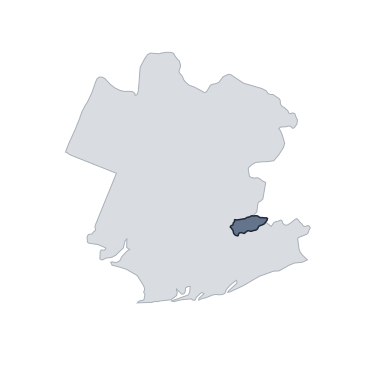 location of Dola, Ngounié, Gabon, rotated 292°
{"feature_id": "22940354B92204383956845", "entity_name": "Dola", "entity_type": "district", "adm_level": 2, "iso_a3": "GAB", "parent_name": "Gabon", "parent_adm1": "Ngounié", "projection": "albers", "projection_center": [11.352, -2.321], "detail": "fine", "context": "in_parent", "style": "filled", "palette": "slate", "viewbox_px": 384, "rotation_deg": 292, "n_neighbors": 0, "source": "geoboundaries", "source_scale": "gbopen_adm2", "svg_char_len": 5050}
<svg xmlns="http://www.w3.org/2000/svg" viewBox="0 0 384 384"><g transform="rotate(292 192 192)"><path d="M264.8,65.6L264.6,68.6L261.2,75.9L259.6,81.5L259.2,87.4L260.1,92.2L261.7,95.7L262.8,99.4L262.0,102.0L260.3,103.1L261.4,104.4L263.9,104.7L268.1,103.6L274.6,101.6L283.0,98.8L288.6,97.2L297.8,98.2L302.7,99.3L305.2,101.4L307.9,109.9L309.2,111.3L311.4,114.9L313.3,119.3L313.7,121.5L313.5,123.1L311.6,125.5L309.5,129.0L308.7,131.1L307.0,132.6L304.7,134.2L298.6,134.8L297.7,135.7L295.9,139.4L292.7,142.6L291.2,145.5L289.9,149.5L290.2,154.4L289.5,161.5L288.8,166.3L290.4,167.9L297.8,169.1L299.2,170.1L301.1,173.1L303.6,175.8L310.3,177.6L312.9,179.8L315.0,182.1L315.3,184.0L313.7,191.7L312.2,199.1L312.8,204.7L313.3,210.1L314.1,217.9L313.7,222.7L311.8,225.6L311.8,227.8L312.7,230.6L311.0,238.2L309.9,239.5L306.9,240.9L305.3,242.9L304.8,246.1L303.2,250.5L301.5,252.1L301.5,254.2L303.1,255.7L303.1,258.0L300.1,260.7L298.3,262.8L294.3,263.8L289.8,262.7L288.7,261.2L289.8,258.8L289.4,256.9L287.8,254.9L285.4,249.8L283.3,248.7L282.1,250.8L278.3,254.7L271.8,259.7L267.2,260.1L258.7,258.5L251.6,256.1L248.3,250.3L246.2,245.5L243.2,239.9L239.8,237.2L236.2,235.5L234.6,235.4L229.4,238.5L227.8,239.7L227.8,242.3L228.3,244.8L229.1,246.0L229.8,247.5L229.6,250.0L228.7,253.2L228.4,256.8L212.1,260.3L209.3,259.0L207.3,257.4L204.8,257.7L197.7,259.6L195.1,258.3L192.6,257.3L191.4,258.1L191.3,259.7L192.5,268.1L192.1,271.3L190.5,275.5L189.7,278.4L194.0,279.2L195.6,280.5L197.1,282.7L199.1,284.6L199.3,285.8L196.9,288.1L196.1,290.8L197.2,292.9L200.2,295.1L204.5,297.4L206.5,298.9L206.3,300.3L204.4,303.3L203.6,305.8L202.2,308.0L202.5,310.1L204.4,312.0L204.2,313.8L202.9,315.1L200.3,314.8L198.0,315.0L196.0,314.4L189.6,307.7L188.2,307.5L179.1,312.7L176.8,314.8L174.9,317.9L172.3,324.4L168.2,320.6L164.5,313.6L160.3,309.3L151.5,302.3L149.1,297.2L139.0,285.9L124.4,274.7L113.9,264.9L112.3,262.7L114.1,263.0L124.3,267.8L125.6,267.3L126.8,266.2L122.4,263.6L118.2,261.6L114.3,260.4L110.4,260.5L108.2,258.4L106.7,255.3L106.0,252.6L104.3,249.8L98.7,244.0L97.3,241.7L94.3,238.7L96.1,238.3L102.1,241.2L102.6,240.0L102.1,238.3L96.1,235.5L92.8,235.3L92.1,233.4L92.5,231.1L88.2,222.7L83.7,216.3L83.0,213.4L95.1,227.1L96.7,227.3L98.8,227.2L103.8,225.7L102.9,223.8L100.6,221.9L98.4,222.8L95.6,223.0L94.1,222.1L93.4,220.7L96.3,214.0L95.0,214.4L94.1,215.6L92.6,216.1L90.2,216.5L84.2,212.9L79.0,203.2L77.6,201.3L76.2,197.9L74.8,196.5L68.7,182.8L71.1,183.8L73.8,187.8L79.1,186.9L81.2,184.6L83.0,184.7L84.9,184.2L87.2,182.0L94.0,172.5L95.8,160.0L95.2,152.6L94.2,145.3L96.5,142.9L97.4,144.5L97.8,147.1L98.9,149.0L101.3,150.8L105.9,151.2L112.9,153.9L115.4,155.7L116.0,152.2L124.1,149.2L121.7,148.2L114.5,149.3L104.7,144.9L101.4,142.1L98.3,136.8L95.2,134.1L95.4,131.6L102.5,129.2L104.3,129.5L105.1,132.3L107.0,133.4L107.7,133.0L108.0,130.7L108.0,124.4L105.9,115.4L106.5,113.6L108.4,113.0L110.2,111.8L111.4,111.6L113.8,111.8L115.0,113.9L115.6,115.0L118.0,115.6L120.0,116.7L121.7,116.4L123.1,115.1L125.2,114.8L131.6,114.8L137.5,114.8L149.1,114.8L160.7,114.9L172.3,114.9L181.1,114.9L181.0,109.8L181.0,101.8L180.9,92.5L180.9,83.4L180.8,75.1L180.8,65.3L181.3,62.5L181.8,61.3L181.6,59.7L190.6,59.6L206.9,60.3L214.0,60.2L216.0,60.3L224.9,59.9L232.1,60.5L235.2,61.2L238.0,61.5L246.6,62.0L257.9,61.4L261.7,61.6L263.8,63.0L264.8,65.6Z" fill="#d9dde1" stroke="#a8b0b8" stroke-width="1"/><path d="M183.3,244.8L183.1,244.4L183.0,244.0L182.8,243.5L182.6,242.9L182.5,242.4L182.4,242.1L182.2,241.9L181.8,241.9L181.5,242.2L181.3,242.4L180.3,242.4L179.8,242.3L179.3,242.0L178.7,241.9L178.0,242.0L177.6,242.2L176.8,242.2L176.4,241.9L176.1,241.6L175.6,241.0L175.1,240.7L174.4,240.6L173.9,240.6L173.6,241.0L173.4,241.6L173.1,242.3L172.8,242.7L172.5,243.1L172.2,243.5L172.0,244.0L171.7,244.5L171.3,244.8L170.6,245.1L170.3,245.4L170.1,245.6L169.7,245.8L169.4,246.0L169.1,246.4L168.9,246.8L168.6,247.3L168.4,247.8L168.2,248.3L168.2,249.2L168.3,250.0L168.4,250.7L168.7,251.0L169.2,251.2L169.6,251.0L170.3,250.9L171.1,251.0L171.8,251.4L172.4,252.2L172.8,252.9L172.9,253.8L173.0,254.5L173.1,255.8L173.3,256.1L174.1,256.5L174.9,256.9L175.5,257.2L175.9,257.6L176.5,257.8L177.0,258.3L177.3,258.8L177.3,259.7L177.4,260.4L177.5,261.0L177.8,261.6L178.3,262.4L178.6,262.8L179.1,263.1L179.5,263.5L179.6,264.0L179.9,264.4L180.3,265.1L181.1,265.9L182.0,266.4L182.9,266.6L183.9,266.6L184.7,266.7L185.4,266.9L186.2,267.6L187.0,268.5L187.9,269.5L188.9,270.4L189.5,270.9L190.1,271.2L191.0,271.4L192.4,271.7L193.4,272.0L194.3,272.2L194.7,272.0L195.6,272.0L196.0,270.9L195.5,269.8L195.2,268.8L194.8,267.6L194.5,266.5L193.8,264.7L193.9,263.8L194.2,262.7L194.3,261.9L194.3,261.2L193.9,260.2L193.6,259.3L193.0,258.4L192.6,257.7L192.6,256.6L192.3,256.3L191.9,256.0L191.7,255.8L191.5,255.4L191.1,255.1L190.8,255.0L190.5,254.7L190.4,254.4L190.1,254.0L189.7,253.8L189.5,253.5L189.4,253.1L189.2,252.7L188.8,252.3L188.4,252.0L188.0,251.8L187.7,251.6L187.2,251.2L186.7,250.7L186.5,250.1L186.3,249.7L185.9,249.1L185.5,248.4L185.1,247.8L184.8,247.3L184.3,246.5L183.9,245.8L183.3,244.8Z" fill="#64748b" stroke="#1e293b" stroke-width="1.5"/></g></svg>